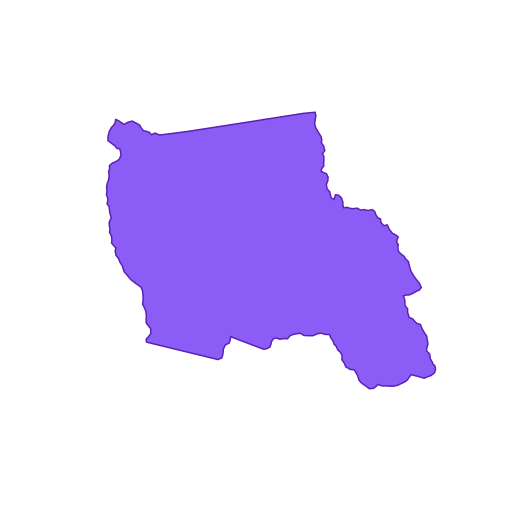 outline of Nova Canaã, Bahia, Brazil, rotated 154°
{"feature_id": "56859067B27684266688580", "entity_name": "Nova Canaã", "entity_type": "district", "adm_level": 2, "iso_a3": "BRA", "parent_name": "Brazil", "parent_adm1": "Bahia", "projection": "orthographic", "projection_center": [-40.194, -14.851], "detail": "fine", "context": "isolated", "style": "filled", "palette": "violet", "viewbox_px": 512, "rotation_deg": 154, "n_neighbors": 0, "source": "geoboundaries", "source_scale": "gbopen_adm2", "svg_char_len": 3223}
<svg xmlns="http://www.w3.org/2000/svg" viewBox="0 0 512 512"><g transform="rotate(154 256 256)"><path d="M289.4,406.9L293.0,410.8L296.8,410.9L297.7,414.0L299.7,416.0L302.2,417.9L303.0,421.4L303.2,424.7L305.6,428.2L308.2,431.6L312.7,432.4L316.6,432.0L318.8,435.3L320.3,438.0L322.3,440.2L324.3,437.3L326.7,435.9L329.6,434.9L333.2,432.3L336.5,428.5L338.5,424.6L336.5,420.7L334.5,416.9L333.8,413.6L331.5,412.2L332.0,409.0L333.2,405.7L336.6,402.8L340.5,402.3L344.2,402.5L348.0,401.6L349.3,398.7L351.4,396.5L352.8,392.5L355.0,389.2L357.7,386.7L359.8,383.9L361.5,379.9L363.7,376.3L363.8,373.1L365.1,370.5L367.0,368.2L366.4,364.7L367.7,361.3L368.6,358.2L369.3,353.9L373.1,350.8L374.6,347.4L375.4,344.2L377.3,341.5L377.2,337.3L378.5,333.6L380.1,331.1L379.4,327.7L378.4,324.7L380.3,322.3L381.6,317.9L380.6,314.1L381.0,310.3L380.5,305.7L381.0,302.6L381.4,299.6L380.4,296.2L379.5,292.2L378.7,289.3L377.3,286.5L376.0,283.8L374.5,281.3L373.1,278.4L373.2,274.6L374.5,270.9L376.5,266.4L379.1,262.3L379.0,258.3L379.3,254.6L380.7,250.5L382.4,247.4L384.0,244.1L383.4,240.5L382.5,236.5L384.6,232.4L388.2,230.5L391.2,229.4L392.2,226.6L335.6,179.6L331.4,179.4L329.5,181.4L327.8,183.7L326.1,186.7L322.5,189.5L318.4,189.5L316.1,191.7L314.2,194.6L290.0,168.8L287.0,168.0L283.6,168.0L281.4,169.9L279.7,172.2L276.6,174.0L274.0,173.5L271.0,170.7L267.3,169.6L264.0,167.8L260.1,169.5L257.2,169.2L253.7,168.4L249.8,166.9L247.9,163.7L245.6,162.3L242.8,160.9L239.8,159.4L235.3,159.2L231.6,158.3L228.2,155.2L224.3,153.1L224.7,150.1L224.0,145.8L224.5,142.4L223.5,139.8L223.7,135.7L222.3,132.3L222.2,128.8L224.3,125.0L223.6,120.8L223.9,117.1L220.9,112.6L217.6,110.7L217.3,107.6L217.1,103.7L217.9,99.4L216.7,95.2L214.3,91.1L212.4,87.1L208.7,85.6L205.8,85.9L202.9,87.1L199.4,83.8L196.4,82.4L193.4,80.7L189.5,78.7L185.2,77.7L181.9,77.7L177.6,77.6L174.1,78.3L171.6,79.8L168.5,81.3L166.5,79.5L163.5,77.1L161.2,75.0L158.3,72.4L155.2,72.3L151.0,71.8L146.9,72.7L144.4,75.3L143.3,78.5L144.3,81.3L144.1,84.1L144.4,87.2L142.9,91.6L144.2,95.9L142.9,98.4L140.0,101.5L138.8,105.6L137.7,109.3L138.3,113.1L138.6,117.9L138.2,122.3L141.0,125.0L142.0,127.9L142.8,130.9L145.2,133.5L144.5,138.7L142.9,142.1L143.8,146.1L141.5,151.2L141.0,155.5L138.0,155.1L135.3,153.8L131.0,153.7L127.1,154.0L124.2,153.8L121.2,155.2L121.1,159.6L121.8,163.1L122.6,166.4L123.1,170.4L123.4,174.5L122.5,179.6L121.5,184.3L122.8,187.9L123.1,191.0L125.0,194.6L125.9,197.8L125.0,201.1L123.1,204.0L123.6,206.9L121.8,209.0L119.8,210.8L121.3,213.9L123.4,216.6L124.5,221.3L124.4,226.4L127.9,227.3L129.0,231.4L127.9,234.9L129.8,237.0L130.2,240.2L129.8,244.0L131.1,246.7L135.4,247.8L138.7,250.5L141.5,251.1L144.3,254.8L147.9,255.9L150.4,257.5L153.0,259.9L156.1,260.9L155.6,263.6L154.3,266.4L153.7,270.6L155.1,274.5L157.7,276.2L160.9,272.8L162.9,275.1L162.3,278.3L161.6,281.4L162.7,285.2L161.3,289.7L158.7,291.8L156.7,295.1L156.6,299.0L158.4,301.2L160.3,303.3L158.8,305.7L155.8,307.0L154.6,309.6L152.8,312.6L151.4,315.8L151.3,318.9L147.9,320.6L147.0,325.4L147.6,329.1L145.9,331.6L145.2,335.0L145.7,340.0L146.1,345.3L145.3,349.1L143.5,351.9L140.7,355.9L139.9,359.3L150.8,363.4L153.7,364.3L189.7,375.4L196.7,377.5L209.1,381.3L263.7,398.2L289.4,406.9Z" fill="#8b5cf6" stroke="#5b21b6" stroke-width="1.5"/></g></svg>